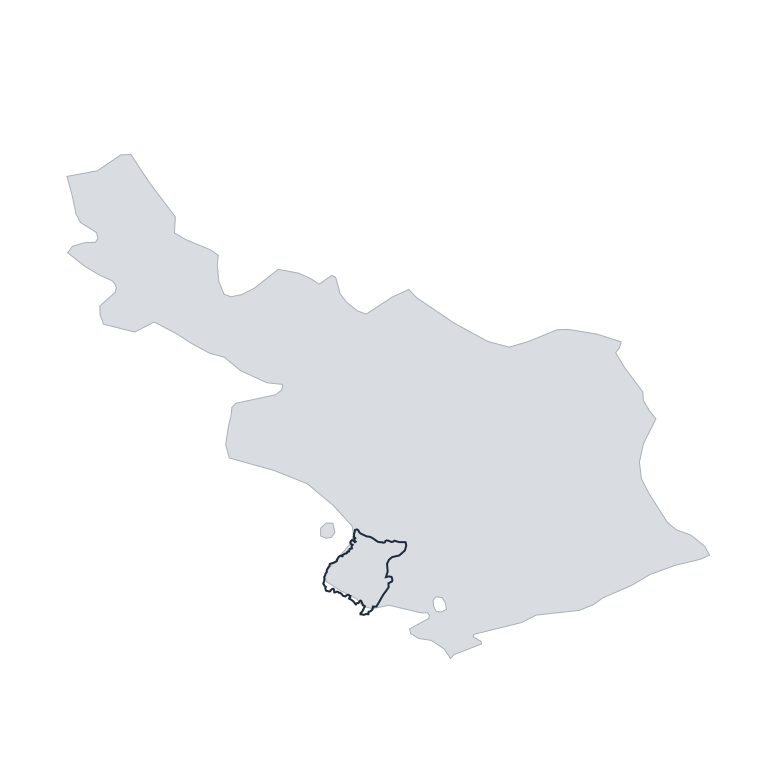 location of Tavush, Tavush, Armenia, rotated 167°
{"feature_id": "60910142B30577123692851", "entity_name": "Tavush", "entity_type": "district", "adm_level": 2, "iso_a3": "ARM", "parent_name": "Armenia", "parent_adm1": "Tavush", "projection": "equal_earth", "projection_center": [45.447, 40.841], "detail": "fine", "context": "in_parent", "style": "outline", "palette": "slate", "viewbox_px": 768, "rotation_deg": 167, "n_neighbors": 0, "source": "geoboundaries", "source_scale": "gbopen_adm2", "svg_char_len": 7178}
<svg xmlns="http://www.w3.org/2000/svg" viewBox="0 0 768 768"><g transform="rotate(167 384 384)"><path d="M338.7,470.5L332.6,460.5L301.9,427.5L273.4,402.2L253.9,391.8L234.1,392.9L203.4,397.9L192.2,395.8L165.5,384.8L143.4,371.7L146.5,366.3L151.2,362.4L145.7,345.4L133.6,318.1L135.0,309.6L131.2,297.8L126.9,288.9L144.6,267.5L152.7,250.4L154.5,233.8L150.1,216.5L138.9,185.2L131.9,176.1L118.9,167.7L108.0,153.8L105.3,144.0L114.6,142.1L141.6,141.8L167.8,138.5L188.3,132.0L218.0,126.6L230.2,121.8L244.5,119.5L287.8,124.6L304.0,120.6L352.8,119.9L354.0,117.9L347.4,111.3L347.5,108.8L376.5,104.6L381.0,101.5L384.8,112.0L395.7,123.6L407.6,128.3L414.0,134.7L414.2,139.6L393.1,145.5L391.7,148.4L393.1,151.3L399.4,152.7L428.9,167.3L445.8,167.7L454.6,172.1L459.0,180.8L473.1,192.7L484.4,204.2L485.1,208.2L482.9,214.1L451.5,236.7L447.5,244.4L447.0,252.7L460.8,277.2L481.2,304.1L510.7,324.5L551.4,346.7L551.9,360.5L545.5,376.8L540.0,387.9L537.5,395.4L532.6,398.6L492.1,397.9L486.0,400.6L483.3,403.8L483.1,406.5L497.7,411.5L520.5,429.0L533.6,446.0L547.2,453.4L562.6,467.0L574.9,479.7L594.0,496.1L615.3,490.7L643.8,505.3L645.1,515.2L643.3,524.0L625.5,533.7L623.3,537.7L623.3,541.1L625.7,545.8L636.2,553.7L648.6,565.5L662.7,583.0L656.5,588.3L643.5,589.0L633.3,586.9L629.8,590.4L630.0,596.2L643.3,609.5L645.9,619.3L645.4,636.2L646.2,657.6L615.3,656.2L588.9,666.5L578.9,664.4L572.3,646.3L566.6,631.5L549.7,593.7L554.2,578.3L544.8,569.4L522.3,553.3L516.5,546.7L519.7,537.6L521.8,521.0L519.7,507.5L513.6,503.4L502.4,503.2L488.7,506.5L461.3,519.5L442.2,511.2L431.3,502.8L424.9,495.8L410.6,501.6L407.1,498.8L406.4,481.5L402.1,472.2L393.6,461.3L385.6,456.1L356.3,466.9L338.7,470.5ZM384.8,162.5L385.7,156.3L384.4,150.7L379.7,149.0L373.8,150.4L373.4,156.6L375.2,162.5L381.0,165.1L384.8,162.5ZM478.2,257.8L471.5,261.6L465.2,259.9L465.2,250.3L469.7,246.5L475.0,246.7L479.9,250.1L478.2,257.8Z" fill="#d9dde1" stroke="#a8b0b8" stroke-width="1"/><path d="M409.2,229.0L410.5,228.3L412.3,228.4L415.0,230.4L416.7,231.0L417.9,230.7L418.7,229.6L419.8,229.4L420.7,229.6L421.5,230.3L423.2,230.6L425.6,231.7L428.2,234.7L429.9,236.5L431.9,238.2L435.3,239.5L440.3,243.5L441.5,245.1L441.7,246.4L442.4,247.9L443.3,248.4L445.1,248.3L445.2,248.2L445.3,247.9L445.5,247.5L445.6,246.9L445.8,246.5L446.0,246.2L446.3,245.5L446.8,245.1L447.1,244.7L447.3,244.3L447.2,243.9L447.1,243.5L447.2,243.2L447.4,242.6L447.7,242.2L447.7,241.9L447.6,241.6L447.4,241.3L447.1,240.9L446.7,240.5L446.6,240.3L446.8,240.2L447.2,240.3L447.8,240.3L447.8,240.0L447.8,239.2L447.8,238.2L447.7,237.4L447.3,237.2L447.1,236.9L447.5,236.8L447.6,236.2L447.5,235.7L448.1,236.6L448.2,237.2L448.6,237.7L449.2,238.1L449.5,238.5L449.9,238.9L450.2,239.1L450.8,238.9L451.2,238.7L451.6,238.3L451.9,238.0L452.3,237.7L452.5,237.2L452.4,236.8L452.5,236.4L452.5,236.2L452.4,235.9L452.0,235.5L451.8,235.1L451.1,234.7L450.7,234.4L450.9,234.1L451.2,233.9L451.6,233.6L451.9,233.5L452.0,233.1L452.1,232.6L452.3,232.1L452.3,231.6L452.1,231.2L452.3,230.9L452.9,230.9L453.3,231.0L453.5,230.9L454.1,231.0L454.7,230.9L454.9,230.6L455.1,230.2L455.3,229.7L455.5,229.1L455.6,228.8L455.9,228.6L456.2,228.6L456.5,228.7L456.8,228.9L457.1,228.9L457.4,228.8L457.6,228.7L457.8,228.4L457.9,227.9L458.2,227.6L458.4,227.6L458.8,227.6L459.1,227.5L459.3,227.3L459.6,227.4L459.8,227.5L460.0,227.5L460.4,227.4L460.7,227.3L460.9,227.3L461.5,227.1L462.3,226.8L462.7,226.6L462.8,226.2L463.1,225.6L463.4,225.5L463.7,225.5L463.9,225.7L464.0,226.1L464.2,226.4L464.6,226.4L465.4,226.4L466.0,226.2L466.7,225.8L467.4,225.5L467.6,225.2L468.1,224.7L468.4,224.1L468.7,224.0L469.0,223.8L469.4,223.4L469.5,223.0L469.6,222.5L469.8,222.1L470.3,221.8L471.0,221.7L471.5,221.6L472.0,221.5L472.5,221.2L473.1,221.2L473.3,221.2L473.6,221.2L474.1,221.1L474.8,221.1L475.7,221.0L476.8,221.0L477.2,220.9L477.3,220.7L477.7,220.0L477.8,219.4L478.1,218.9L478.6,218.5L479.1,218.3L479.3,218.1L479.5,217.7L480.1,217.2L480.5,216.8L480.7,216.5L481.2,216.1L481.5,215.6L481.8,215.1L481.9,214.7L481.9,214.1L482.0,213.8L482.1,213.6L482.5,213.2L483.0,212.8L483.5,212.6L483.9,212.0L484.1,211.4L484.2,211.0L484.4,210.7L484.8,210.3L485.3,210.0L485.6,209.7L485.7,209.3L485.8,208.9L485.8,208.3L485.7,207.6L485.9,207.2L486.2,206.9L486.3,206.5L486.4,206.0L486.4,205.6L486.6,205.2L487.0,204.8L487.4,204.2L487.8,203.7L488.1,203.3L488.1,202.9L487.9,202.6L487.6,202.2L487.6,201.9L487.5,201.2L487.4,200.8L487.2,200.5L486.9,200.1L486.7,199.8L486.4,199.5L486.3,199.3L486.4,199.1L486.6,199.0L486.9,198.8L487.0,198.5L487.1,198.2L487.1,197.8L487.1,197.4L487.1,196.8L487.1,196.3L486.9,195.7L486.6,195.4L486.1,195.2L485.6,195.0L485.0,194.6L484.6,194.5L484.4,194.4L484.2,194.4L483.6,194.0L483.3,194.1L482.8,194.4L482.4,194.9L481.8,195.3L481.7,195.3L481.1,195.7L480.4,196.0L480.1,196.0L479.7,195.9L479.4,195.7L479.0,195.3L479.0,194.8L479.0,194.4L479.1,193.8L479.2,193.0L479.2,192.7L479.3,192.1L479.1,192.0L478.8,192.0L478.4,192.0L477.9,192.0L477.2,192.1L476.6,192.3L476.2,192.2L475.9,192.0L475.5,191.7L475.3,191.4L475.2,191.2L475.0,190.8L474.8,190.7L474.6,190.6L474.2,190.6L473.9,190.6L473.8,190.4L473.6,190.1L473.4,189.8L473.0,189.6L472.7,189.1L472.3,188.6L472.1,188.3L472.0,188.0L472.0,187.6L471.9,187.2L471.6,186.9L471.2,186.6L470.9,186.4L470.3,186.3L470.0,186.0L469.6,185.7L469.2,185.7L468.8,185.9L468.4,186.4L468.0,186.6L467.4,186.6L466.8,186.7L466.6,186.7L466.1,186.6L465.8,186.3L465.5,185.9L465.2,185.5L465.1,185.2L464.5,185.0L464.6,184.8L464.8,184.6L465.0,184.5L464.9,184.3L464.8,183.9L465.1,183.6L465.6,183.5L465.9,183.3L466.1,183.2L466.4,182.8L466.2,182.7L465.9,182.4L465.1,181.7L464.3,181.0L463.5,180.0L463.0,179.4L462.6,178.8L462.0,177.7L461.8,177.0L461.7,176.8L461.2,175.6L460.9,175.5L460.7,175.8L460.2,176.2L459.8,176.5L459.2,176.5L458.4,176.3L458.0,176.5L457.4,176.9L457.0,177.4L456.6,177.8L456.1,178.2L455.7,178.3L455.4,178.2L455.2,177.9L455.0,177.3L454.8,176.6L454.6,175.7L454.5,174.7L454.4,174.1L454.3,173.6L454.1,173.2L453.8,172.9L453.1,172.3L452.7,172.0L452.7,171.5L453.0,171.2L453.3,170.9L453.7,170.5L454.0,170.1L454.2,169.8L454.4,169.5L454.7,169.1L455.0,169.0L455.2,168.6L455.5,168.1L455.7,167.9L456.0,167.7L456.3,167.3L456.5,167.1L456.9,167.0L457.1,166.8L457.3,166.6L457.6,166.4L457.8,166.2L458.1,166.1L458.3,166.1L458.5,165.9L458.7,165.5L458.7,164.9L458.1,164.8L457.9,164.6L457.6,164.5L457.2,164.5L456.9,164.3L456.4,164.0L455.9,163.7L455.5,163.6L455.0,163.6L454.5,163.7L454.2,163.8L453.6,163.8L453.1,163.9L452.7,163.9L452.2,163.9L451.8,163.7L451.5,163.2L451.3,163.1L451.0,163.2L450.8,163.5L450.7,163.9L450.6,164.3L450.5,165.0L450.4,165.4L450.1,165.6L449.8,165.6L449.3,165.6L448.7,165.6L448.2,165.7L447.7,165.9L447.2,166.2L446.9,166.4L446.3,166.6L445.8,167.0L445.7,167.4L445.6,167.8L445.6,168.1L445.2,168.4L445.0,168.6L445.1,168.9L445.0,169.3L444.8,169.7L444.5,169.6L444.3,169.5L443.9,169.2L443.7,169.1L443.3,169.1L442.6,169.1L442.0,169.0L441.6,169.0L441.4,168.9L437.6,172.9L434.7,176.1L432.7,178.2L432.2,178.8L430.8,180.0L428.9,181.6L425.2,184.9L424.5,188.9L423.0,189.2L420.5,189.9L419.8,191.7L420.1,194.3L422.3,195.4L425.6,195.4L422.6,200.4L421.5,208.1L418.6,211.7L415.0,213.5L407.7,213.5L401.1,217.1L399.4,220.2L398.6,221.8L398.6,225.0L400.1,225.4L404.7,226.5L409.2,229.0Z" fill="none" stroke="#1e293b" stroke-width="2"/></g></svg>